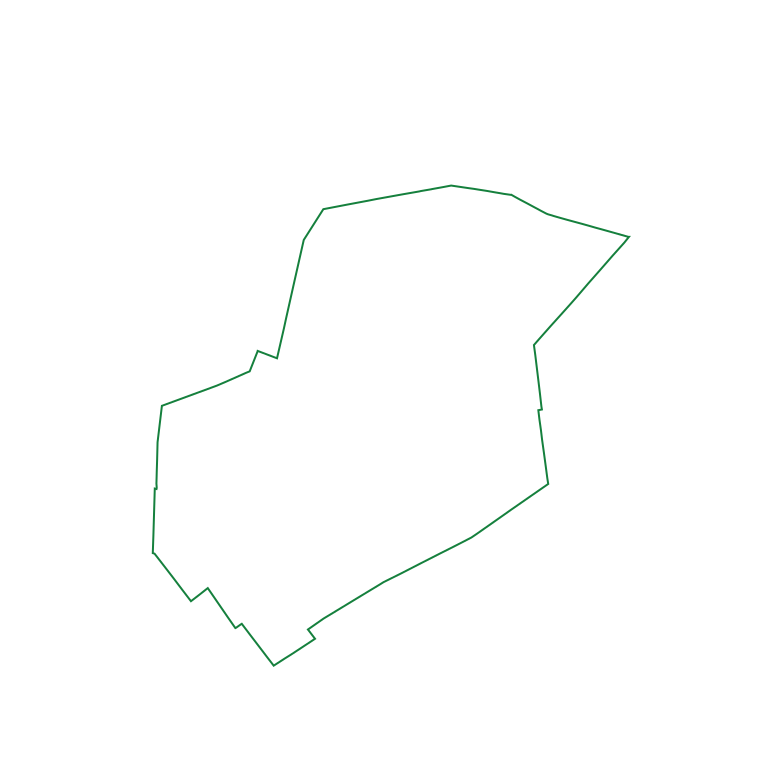 outline of Varias, Timis, Romania, rotated 148°
{"feature_id": "2599482B99754061037877", "entity_name": "Varias", "entity_type": "district", "adm_level": 2, "iso_a3": "ROU", "parent_name": "Romania", "parent_adm1": "Timis", "projection": "albers", "projection_center": [20.97, 45.991], "detail": "fine", "context": "isolated", "style": "outline", "palette": "green", "viewbox_px": 768, "rotation_deg": 148, "n_neighbors": 0, "source": "geoboundaries", "source_scale": "gbopen_adm2", "svg_char_len": 1759}
<svg xmlns="http://www.w3.org/2000/svg" viewBox="0 0 768 768"><g transform="rotate(148 384 384)"><path d="M342.8,564.4L375.7,548.7L407.9,516.2L432.3,491.5L439.4,484.2L457.3,466.3L461.1,462.5L473.6,479.0L474.0,478.6L491.2,465.9L495.2,466.6L517.7,469.8L526.6,471.2L583.9,483.2L606.9,454.6L616.6,439.9L623.3,429.9L626.0,425.8L629.8,420.1L631.1,417.6L631.9,416.2L632.6,415.5L633.8,416.8L660.2,377.2L669.7,363.1L668.5,361.7L666.6,342.8L665.4,330.5L664.1,315.9L662.8,302.1L653.5,303.0L641.6,304.3L640.6,281.5L640.1,269.8L639.4,255.8L638.7,255.7L638.0,255.7L633.2,256.0L631.7,256.0L631.1,249.4L630.4,241.6L629.2,229.0L627.9,214.8L626.8,203.6L613.9,203.8L607.6,203.8L606.7,203.8L592.8,204.1L577.5,204.5L578.6,216.1L559.6,217.1L537.4,216.8L514.1,216.5L493.8,216.2L489.4,216.2L469.9,214.3L447.2,212.4L425.6,210.5L407.1,208.8L391.2,207.5L385.7,207.7L376.2,208.2L361.2,209.0L355.6,209.3L343.3,210.0L318.7,211.2L297.7,212.2L295.5,217.4L290.4,228.6L284.8,241.0L279.5,252.9L275.4,261.6L271.0,271.5L267.0,280.0L263.6,278.7L262.4,281.6L256.9,293.1L252.1,303.3L246.3,315.7L240.4,328.3L236.2,337.6L229.0,339.8L212.1,344.8L193.9,350.0L181.5,353.6L174.5,355.7L157.3,361.1L138.5,366.7L122.4,371.6L105.1,376.6L98.3,379.0L98.6,379.2L98.8,379.3L112.7,394.6L118.0,400.4L121.9,404.6L126.2,409.4L131.4,415.1L135.3,419.3L141.7,426.2L146.8,431.8L151.3,436.8L152.1,437.8L154.9,440.9L156.0,442.4L159.3,448.0L160.8,450.7L162.6,453.8L166.7,461.0L170.9,468.2L173.8,473.4L175.8,477.1L176.2,477.2L181.8,481.9L184.1,484.0L188.4,487.8L194.4,493.2L200.3,498.3L204.3,501.8L208.5,505.3L214.5,510.4L221.9,516.7L230.1,519.9L240.1,523.9L240.5,524.0L250.5,528.1L252.0,528.6L267.5,534.9L292.5,544.9L300.4,547.9L303.2,549.0L319.8,555.5L342.8,564.4Z" fill="none" stroke="#15803d" stroke-width="2"/></g></svg>